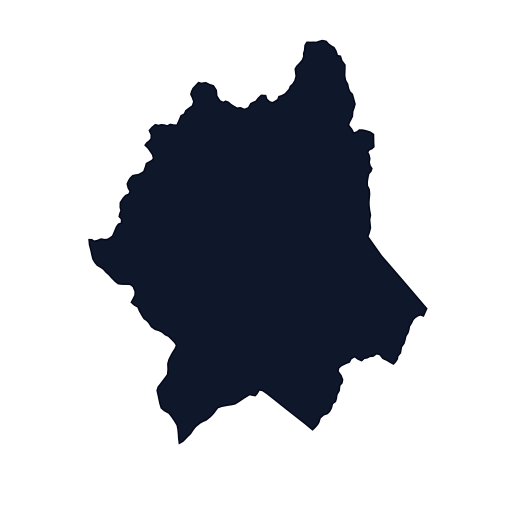 Cachoeiras de Macacu, Rio de Janeiro, Brazil (Equal Earth projection), rotated 339°
{"feature_id": "56859067B22364453208609", "entity_name": "Cachoeiras de Macacu", "entity_type": "district", "adm_level": 2, "iso_a3": "BRA", "parent_name": "Brazil", "parent_adm1": "Rio de Janeiro", "projection": "equal_earth", "projection_center": [-42.734, -22.52], "detail": "fine", "context": "isolated", "style": "filled", "palette": "ink", "viewbox_px": 512, "rotation_deg": 339, "n_neighbors": 0, "source": "geoboundaries", "source_scale": "gbopen_adm2", "svg_char_len": 4170}
<svg xmlns="http://www.w3.org/2000/svg" viewBox="0 0 512 512"><g transform="rotate(339 256 256)"><path d="M409.3,184.6L407.0,181.3L403.5,178.5L400.4,176.5L397.7,175.4L394.9,176.3L391.2,176.3L390.8,172.2L389.2,167.0L391.2,164.5L393.3,162.7L396.0,160.2L398.1,155.7L400.6,152.8L402.9,149.6L403.3,145.7L403.9,139.5L402.4,136.2L402.4,132.6L403.1,128.4L402.5,124.0L403.4,119.4L405.7,114.0L407.5,109.6L406.1,104.5L406.4,99.7L403.8,98.1L404.1,93.2L403.5,89.4L401.6,87.1L399.6,84.0L398.4,80.7L395.1,78.6L391.9,78.3L388.9,78.2L386.3,77.1L383.0,75.9L380.1,74.7L377.3,76.9L375.1,81.4L373.1,83.9L372.1,86.9L369.6,89.7L365.8,91.8L362.1,93.5L359.7,95.4L358.7,99.2L358.0,102.4L355.2,106.3L351.7,108.9L348.9,109.9L346.8,112.3L344.5,113.5L341.4,115.1L337.6,115.6L334.5,115.4L332.5,117.8L329.0,118.5L326.3,118.8L324.0,117.0L322.2,113.5L322.5,109.7L318.5,107.9L314.5,109.6L311.3,111.6L308.5,111.6L305.7,111.9L302.2,114.9L297.8,115.1L294.6,112.0L291.2,111.2L289.2,108.7L286.9,105.7L285.3,102.6L283.1,100.6L280.4,100.9L277.9,98.2L276.7,92.6L278.3,87.1L277.2,81.8L273.9,79.2L271.2,76.2L266.7,75.2L264.5,73.5L260.4,75.5L257.3,77.0L254.8,79.4L253.1,81.8L253.4,85.0L253.3,89.5L250.6,93.0L246.7,94.0L242.6,95.2L240.0,97.8L236.3,98.2L232.7,102.0L229.1,105.6L225.9,104.2L223.2,102.4L219.7,102.8L217.4,100.9L214.6,99.5L211.7,99.2L209.1,97.3L205.0,98.7L201.4,100.6L201.7,105.3L200.1,109.0L197.6,110.4L194.7,111.2L192.2,112.8L194.0,116.8L195.1,121.3L195.8,124.5L195.2,128.4L193.0,129.5L190.4,129.9L186.8,130.4L184.6,133.4L181.5,137.0L177.6,137.7L175.2,137.9L172.8,137.3L169.8,136.8L166.6,138.2L164.3,139.9L161.6,142.6L161.1,146.7L161.7,150.6L159.5,152.7L156.1,152.8L153.0,154.3L148.5,157.5L146.7,161.8L146.3,165.3L144.2,167.5L142.4,170.1L143.7,173.2L142.3,177.0L138.9,177.0L136.1,178.9L133.1,182.1L129.3,186.0L126.0,186.9L123.0,187.3L120.1,186.3L117.5,184.6L113.5,184.7L110.1,184.2L108.5,181.9L106.0,180.9L104.6,185.8L104.0,191.3L103.2,196.3L102.7,200.4L103.3,204.1L104.5,207.7L106.8,210.6L108.8,213.4L110.3,217.5L112.1,220.8L113.4,224.4L115.6,229.4L117.5,232.5L120.7,234.2L124.7,235.8L128.4,237.4L130.4,240.6L130.5,245.8L129.0,249.3L125.8,252.2L123.0,254.6L124.9,258.2L127.5,261.3L127.6,265.8L128.3,270.3L129.1,274.4L130.9,277.0L132.1,279.8L133.0,284.5L135.6,288.4L138.5,290.6L141.1,293.3L143.1,297.0L145.6,299.5L147.5,303.6L149.2,307.7L149.8,310.9L147.5,313.4L144.8,315.4L142.6,317.1L140.2,319.2L137.6,321.6L135.1,325.0L133.2,330.6L130.9,335.1L127.8,337.1L124.6,339.1L121.4,341.1L117.8,343.2L115.5,346.1L114.8,350.9L114.0,355.9L113.5,359.0L113.1,363.9L115.1,367.6L118.5,371.6L119.7,375.6L120.8,380.1L121.8,385.6L121.1,389.7L119.8,394.4L118.5,398.5L117.3,403.4L121.2,402.8L123.5,401.8L126.8,400.2L131.1,398.4L135.3,395.4L138.4,393.6L143.9,391.8L147.4,391.3L150.3,391.3L153.2,390.4L155.7,389.6L158.2,388.5L160.5,387.3L163.1,385.6L165.8,383.9L170.1,384.0L174.4,384.8L177.0,385.3L180.1,386.0L183.5,386.5L188.1,385.6L191.5,384.8L194.6,384.1L197.0,383.7L200.2,383.0L205.2,386.1L207.5,384.9L211.1,382.1L214.0,384.0L216.9,388.2L223.6,399.5L229.0,408.7L232.1,413.9L233.9,416.9L242.0,430.4L246.5,438.5L250.0,437.0L252.9,435.4L255.0,433.8L257.8,430.2L262.3,428.5L266.0,428.7L268.9,427.5L271.9,424.9L274.4,421.3L278.0,420.3L279.9,417.9L281.8,414.4L285.4,411.5L287.8,406.8L290.7,405.4L292.5,402.6L292.5,398.0L291.2,393.0L293.1,390.1L296.5,388.9L301.4,388.5L305.1,388.5L307.9,386.0L312.1,385.3L314.2,388.7L317.1,391.6L320.3,390.3L323.3,390.9L326.2,390.5L329.4,391.5L333.3,390.4L336.3,392.3L337.8,397.1L341.0,400.4L343.3,403.4L345.6,406.1L348.4,404.7L351.0,402.8L352.5,400.2L356.1,398.2L359.2,393.0L362.9,390.5L365.0,387.7L367.2,384.4L370.3,382.1L372.3,379.5L374.0,376.6L377.1,374.3L379.8,371.7L382.1,370.6L385.4,369.8L388.5,369.9L390.8,372.0L393.8,369.0L396.5,366.3L382.9,327.9L378.8,316.5L373.1,300.8L367.3,278.0L370.3,274.4L372.9,270.8L373.7,267.8L375.1,262.8L377.5,258.9L378.4,254.0L379.6,249.3L380.7,246.2L382.0,243.4L384.1,239.2L385.5,234.6L385.1,230.3L386.4,226.6L388.9,222.3L390.9,219.4L393.5,218.2L395.5,215.9L394.8,212.7L395.2,209.1L397.1,205.9L397.7,202.3L397.4,199.1L399.5,197.5L402.7,197.3L405.2,196.3L406.4,192.5L407.8,188.7L409.3,184.6Z" fill="#0f172a" stroke="#020617" stroke-width="1.5"/></g></svg>